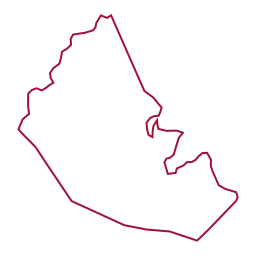 Francisco Dantas, Rio Grande do Norte, Brazil (Robinson projection)
{"feature_id": "56859067B20316816655546", "entity_name": "Francisco Dantas", "entity_type": "district", "adm_level": 2, "iso_a3": "BRA", "parent_name": "Brazil", "parent_adm1": "Rio Grande do Norte", "projection": "robinson", "projection_center": [-38.095, -6.042], "detail": "fine", "context": "isolated", "style": "outline", "palette": "rose", "viewbox_px": 256, "rotation_deg": 0, "n_neighbors": 0, "source": "geoboundaries", "source_scale": "gbopen_adm2", "svg_char_len": 1171}
<svg xmlns="http://www.w3.org/2000/svg" viewBox="0 0 256 256"><path d="M144.5,91.1L142.8,87.4L138.9,78.6L111.1,15.4L107.0,17.9L101.0,15.4L96.3,23.0L95.4,27.5L92.8,30.4L84.8,32.8L73.2,34.5L70.6,39.0L71.1,44.7L66.7,48.9L62.0,51.7L61.1,57.4L59.4,63.6L53.5,68.1L50.0,72.9L50.6,77.8L53.4,82.8L49.5,85.1L44.8,88.7L41.6,90.4L36.6,88.3L31.8,90.0L28.3,93.6L28.1,98.9L28.1,106.1L29.1,113.8L22.7,119.3L18.4,129.3L21.6,132.9L35.6,147.1L45.7,162.5L71.6,201.1L124.3,225.2L146.4,229.5L169.8,231.5L197.0,240.6L207.8,230.3L236.3,200.7L237.6,196.7L236.1,192.2L230.5,190.5L225.5,189.0L218.9,185.4L217.0,181.4L215.5,177.8L212.5,171.2L210.8,165.9L211.0,159.9L207.1,152.8L202.4,153.1L198.6,156.3L195.5,159.9L192.0,161.9L186.8,162.2L183.3,165.6L176.9,168.4L175.6,172.9L167.9,173.9L166.6,169.7L164.4,162.3L166.4,158.6L170.1,157.6L173.5,154.8L174.9,150.8L176.0,146.7L178.8,137.9L182.8,132.7L177.1,130.7L173.3,130.7L166.2,130.8L158.4,128.9L157.4,124.6L157.1,120.2L153.6,125.7L152.8,129.5L152.4,137.1L148.6,134.9L147.1,129.5L146.5,122.9L150.1,118.0L153.8,116.3L158.7,115.7L160.4,111.7L161.6,107.5L158.6,104.1L155.9,100.6L152.9,97.2L144.5,91.1Z" fill="none" stroke="#9f1239" stroke-width="2"/></svg>